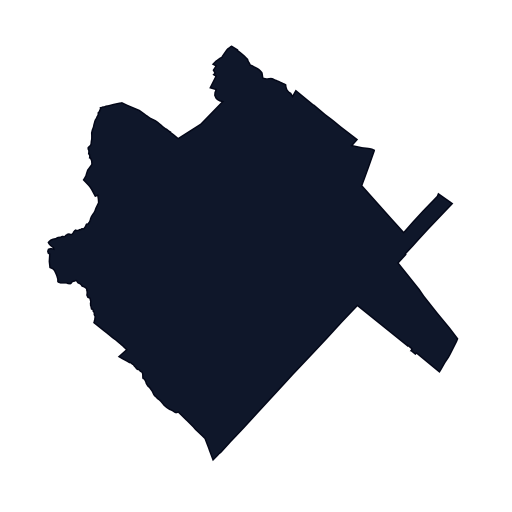 Villa de Tezontepec, Hidalgo, Mexico (Robinson projection), rotated 185°
{"feature_id": "50627088B126252484853", "entity_name": "Villa de Tezontepec", "entity_type": "district", "adm_level": 2, "iso_a3": "MEX", "parent_name": "Mexico", "parent_adm1": "Hidalgo", "projection": "robinson", "projection_center": [-98.78, 19.914], "detail": "fine", "context": "isolated", "style": "filled", "palette": "ink", "viewbox_px": 512, "rotation_deg": 185, "n_neighbors": 0, "source": "geoboundaries", "source_scale": "gbopen_adm2", "svg_char_len": 6088}
<svg xmlns="http://www.w3.org/2000/svg" viewBox="0 0 512 512"><g transform="rotate(185 256 256)"><path d="M281.0,49.2L276.5,54.7L275.4,56.2L275.1,56.3L273.8,57.6L265.4,68.7L253.3,83.9L241.5,99.3L219.4,127.9L208.9,141.6L194.2,160.1L178.7,179.8L165.0,197.7L150.7,215.6L97.1,179.7L96.9,180.3L92.4,177.0L93.3,175.3L93.2,175.3L88.7,172.2L87.8,173.5L63.2,156.6L61.9,159.2L58.6,166.4L55.5,172.0L54.1,175.2L48.9,188.2L48.0,191.1L56.9,200.9L70.5,214.7L85.5,230.6L90.8,237.1L91.5,237.8L114.0,261.4L107.0,270.5L107.6,271.1L100.7,279.9L95.7,286.6L86.3,298.8L65.1,325.3L79.7,333.8L80.5,331.2L93.4,315.3L102.2,303.9L110.9,292.1L125.0,305.2L156.2,334.6L157.0,334.8L155.2,341.4L155.1,341.7L151.9,353.7L147.5,370.8L147.4,371.6L149.9,372.5L152.3,372.8L154.1,372.9L159.6,373.0L170.3,374.3L165.5,380.8L183.1,392.0L190.2,396.9L192.8,398.6L199.4,402.7L211.4,411.2L212.3,411.5L230.7,424.1L233.5,418.0L235.6,421.0L237.8,422.1L239.8,424.2L241.0,427.0L241.4,429.1L243.0,429.8L243.9,430.0L245.3,430.6L246.9,431.1L248.1,431.6L248.9,431.9L249.7,432.1L250.4,432.3L251.3,432.7L252.1,432.8L253.0,433.1L254.8,433.9L256.6,434.1L259.0,433.6L260.5,433.2L262.5,433.4L264.5,433.7L264.8,434.0L265.1,435.2L265.8,438.1L266.2,439.2L268.0,440.9L268.8,441.5L269.4,442.0L270.9,442.8L274.1,444.1L274.6,444.2L276.0,445.0L278.0,445.6L278.4,445.6L279.4,447.4L280.1,448.3L280.8,449.2L281.6,451.2L283.7,452.9L284.9,454.0L286.7,455.3L289.6,457.3L291.7,458.6L292.4,459.2L292.4,459.7L298.6,462.8L299.6,462.1L300.5,461.1L301.4,460.5L302.1,459.9L303.0,458.7L305.2,454.9L306.2,453.1L306.8,452.1L307.4,450.7L308.7,450.1L310.8,448.3L311.6,447.5L312.6,446.8L315.5,443.3L312.2,441.9L314.6,437.4L312.6,434.6L314.0,433.0L311.4,431.7L316.2,419.6L310.2,418.4L310.6,416.6L311.0,415.4L311.0,412.5L309.6,409.9L308.1,408.6L305.5,407.4L302.5,406.9L322.4,382.5L343.8,366.1L348.7,369.5L352.4,371.8L352.2,372.1L353.7,372.8L354.9,373.6L356.2,374.5L357.3,374.8L359.3,376.1L360.5,376.8L361.5,377.7L364.2,379.5L365.4,380.4L366.9,381.3L368.2,382.0L373.5,384.0L374.5,384.6L375.4,385.1L376.8,386.0L378.1,386.6L379.4,387.5L384.9,390.8L397.7,394.9L403.0,396.9L403.3,396.6L403.6,396.5L404.5,396.5L406.2,396.0L411.1,394.5L414.4,393.3L416.4,392.6L417.5,392.4L418.8,392.0L419.3,391.6L420.1,391.3L421.9,390.9L422.4,390.5L423.9,390.1L423.7,389.2L423.8,388.5L424.4,387.3L424.4,386.4L425.6,385.0L425.5,382.9L426.0,381.5L426.3,381.2L426.7,379.8L427.2,378.6L427.8,377.6L428.2,376.2L428.6,373.9L428.8,373.0L429.0,371.2L429.1,370.3L430.1,366.8L430.0,366.0L430.3,365.4L430.4,364.2L430.1,362.0L429.9,359.8L429.8,358.1L430.0,356.0L430.0,353.7L430.1,352.8L430.3,352.1L430.9,351.2L431.7,350.4L432.6,349.3L432.5,348.0L431.6,346.4L431.5,344.4L431.6,343.2L430.7,342.6L430.1,340.2L430.3,339.3L429.3,339.0L428.0,336.6L427.4,333.0L429.3,329.8L430.2,328.3L431.1,326.9L432.1,322.6L432.3,321.2L433.5,318.5L434.4,316.8L430.4,313.3L428.6,311.7L427.2,310.2L425.7,308.3L421.3,301.6L418.9,302.8L418.0,299.2L417.4,295.4L419.6,289.7L420.3,286.9L421.0,285.1L422.1,283.3L423.3,281.0L424.0,278.8L424.2,277.2L424.9,275.2L425.6,274.2L425.9,273.4L426.3,273.1L426.9,273.1L427.6,272.9L427.8,272.5L428.1,271.5L428.3,270.8L428.7,270.0L429.4,268.9L429.8,268.2L430.0,268.0L431.9,267.9L432.3,267.6L432.7,267.2L433.2,266.9L434.2,266.8L434.7,266.3L435.6,265.9L436.6,265.7L437.1,265.7L437.8,266.1L438.1,265.9L438.4,265.7L438.8,265.3L439.9,263.7L440.0,263.0L440.1,262.7L440.4,262.4L440.8,262.0L441.2,261.4L441.5,261.3L443.7,261.3L443.8,261.5L444.3,261.6L445.1,261.4L445.8,261.1L446.1,260.9L446.3,260.3L447.2,260.0L447.5,259.5L447.6,259.2L447.8,259.0L448.2,258.7L449.4,258.5L450.2,258.6L450.6,258.6L451.0,258.4L451.9,257.9L452.3,257.5L452.7,257.5L453.9,257.4L454.2,257.3L455.2,257.0L455.8,256.7L456.0,256.4L456.7,255.9L459.7,255.0L461.7,254.0L463.1,252.6L464.0,251.4L463.2,250.2L461.5,248.6L458.5,246.7L458.0,245.1L461.0,245.5L463.3,244.6L463.8,242.6L463.2,240.8L461.6,239.9L461.4,232.5L460.2,226.6L457.4,225.7L455.5,224.1L453.9,221.4L452.7,219.1L451.4,215.8L451.1,213.2L450.6,212.8L449.8,212.6L448.3,212.2L442.5,212.7L440.7,212.2L438.7,212.2L438.0,212.6L437.1,214.1L436.7,214.4L435.8,214.9L435.1,215.1L434.4,215.3L434.1,215.6L433.2,216.0L432.4,215.6L431.9,214.9L431.4,214.3L430.8,213.7L430.3,213.6L429.6,213.3L429.1,213.2L428.7,213.0L427.8,212.3L427.5,212.1L427.4,212.0L427.2,211.6L427.0,211.2L426.7,211.0L426.1,210.7L425.3,210.6L424.6,210.3L424.2,210.2L422.8,209.4L422.1,208.8L421.6,208.3L421.5,208.1L421.5,207.9L421.7,207.5L421.7,207.3L421.4,207.0L421.1,206.8L421.0,206.7L421.2,206.1L421.2,205.9L421.0,205.4L420.9,205.0L421.0,204.6L420.9,204.3L420.9,204.0L421.0,203.4L421.0,202.7L420.9,202.0L420.6,201.5L420.3,201.1L420.1,200.8L420.1,200.6L419.8,200.2L419.3,200.0L418.9,200.0L418.0,199.6L417.5,199.2L417.2,197.8L416.8,197.0L416.6,196.2L416.7,194.0L416.5,193.2L416.5,192.7L416.3,192.1L415.9,191.5L415.9,191.0L415.7,190.5L415.4,190.0L415.4,189.7L415.4,189.3L415.3,189.0L415.0,188.8L414.1,188.8L413.6,188.2L413.4,187.7L413.4,186.9L412.7,186.3L412.4,185.8L412.0,184.6L412.0,183.5L411.5,182.7L411.1,182.2L410.9,181.1L411.0,180.1L411.0,178.5L411.3,177.3L411.4,176.4L411.4,175.5L411.5,175.4L406.2,171.9L402.0,169.1L395.3,164.7L391.9,162.3L389.4,160.8L388.9,160.6L385.7,158.3L385.0,157.9L384.5,157.4L383.7,157.0L382.5,156.0L381.1,155.1L379.6,153.8L376.5,151.4L383.7,143.8L381.3,142.7L380.3,142.2L377.7,141.1L374.9,139.9L372.7,138.8L372.2,139.1L370.9,138.4L369.6,137.5L368.6,137.1L367.6,135.8L366.3,134.7L365.1,133.3L364.0,132.7L362.8,132.6L362.2,132.3L361.2,131.2L359.3,130.3L358.6,128.8L358.3,126.9L358.1,125.1L357.8,124.2L357.0,124.0L356.3,123.4L355.4,122.2L354.6,120.7L354.2,119.6L353.3,118.3L352.2,116.9L350.6,115.8L349.3,114.3L348.0,112.8L347.5,112.2L345.6,108.9L345.1,108.4L344.2,107.5L342.9,106.7L342.1,105.8L341.3,105.2L339.7,104.3L338.0,102.9L337.2,102.1L335.8,100.7L334.6,99.4L331.8,97.4L329.8,96.3L328.7,95.7L326.9,95.2L325.1,94.4L323.9,93.7L322.9,93.2L321.9,93.0L320.8,93.4L319.6,93.9L319.6,93.7L311.0,86.6L310.8,86.5L303.5,80.4L301.2,78.1L300.7,77.7L294.1,72.5L291.1,70.0L290.9,69.9L287.1,62.1L286.3,60.5L285.4,58.4L285.0,57.6L282.9,53.2L281.0,49.2Z" fill="#0f172a" stroke="#020617" stroke-width="1.5"/></g></svg>